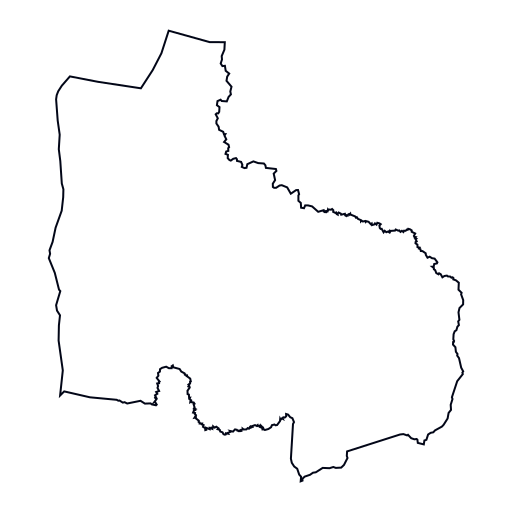 the district of Kawambwa, Luapula, Zambia
{"feature_id": "96606910B68487362337591", "entity_name": "Kawambwa", "entity_type": "district", "adm_level": 2, "iso_a3": "ZMB", "parent_name": "Zambia", "parent_adm1": "Luapula", "projection": "albers", "projection_center": [29.568, -9.766], "detail": "fine", "context": "isolated", "style": "outline", "palette": "ink", "viewbox_px": 512, "rotation_deg": 0, "n_neighbors": 0, "source": "geoboundaries", "source_scale": "gbopen_adm2", "svg_char_len": 6069}
<svg xmlns="http://www.w3.org/2000/svg" viewBox="0 0 512 512"><path d="M300.7,481.3L302.5,480.6L302.4,478.8L304.7,476.6L310.0,474.8L313.0,472.7L315.8,472.3L322.7,467.9L329.5,468.2L333.3,467.0L335.8,467.9L341.2,467.6L344.0,464.9L347.5,458.0L346.8,455.9L347.1,451.4L400.0,434.5L403.4,434.1L407.1,435.4L408.0,434.8L411.2,438.2L414.4,439.3L416.6,439.0L417.4,439.7L417.8,442.9L423.8,444.4L424.4,440.5L426.4,439.8L428.1,434.5L430.7,432.8L433.3,432.3L435.0,430.4L441.9,426.6L443.6,424.8L447.6,418.5L448.6,412.9L451.0,409.9L450.7,404.8L452.5,399.0L451.9,397.3L457.2,381.2L462.8,374.1L462.4,372.6L463.2,371.4L461.2,367.7L459.0,358.1L457.2,355.6L457.5,354.0L455.9,351.8L455.4,347.2L453.0,344.6L453.1,342.1L453.7,342.1L454.1,341.0L453.3,339.3L453.6,334.2L454.7,331.3L456.4,330.2L457.4,326.7L458.9,325.1L458.2,321.4L459.4,319.8L458.5,312.3L459.5,308.0L463.1,304.4L463.2,300.1L461.1,294.3L461.6,292.8L458.5,289.7L458.8,282.7L455.9,280.3L453.3,279.4L453.4,278.0L452.6,277.3L451.4,277.7L450.3,276.6L447.8,276.4L446.9,275.6L444.4,276.0L442.4,277.3L440.7,274.2L439.1,273.3L438.5,274.3L436.3,273.1L435.2,270.2L433.9,269.3L433.9,268.1L432.2,266.7L433.7,266.6L434.2,264.0L436.9,263.4L437.4,262.3L434.6,258.6L432.0,258.2L429.7,256.7L427.5,257.7L425.8,254.8L425.7,253.3L422.5,251.1L420.8,251.0L420.4,249.2L419.0,248.6L419.6,247.6L417.5,247.1L417.4,244.6L415.5,243.3L415.6,242.0L416.7,241.4L415.4,238.9L416.1,238.6L415.0,237.9L415.7,237.1L414.4,236.9L413.9,235.9L415.2,233.5L411.7,231.8L411.7,230.4L410.0,229.3L408.2,228.8L407.7,229.8L407.0,229.5L405.6,230.8L404.0,230.7L403.4,232.0L401.9,230.8L400.5,231.9L399.2,230.4L398.3,230.7L395.7,229.5L395.0,230.6L390.7,230.9L390.2,231.7L389.9,231.2L389.5,232.5L388.5,231.9L388.7,231.3L386.3,232.2L384.7,230.8L383.6,232.3L381.7,228.8L380.6,228.9L379.8,228.0L379.4,225.6L380.7,224.2L379.5,223.4L377.3,222.8L376.5,224.6L375.0,223.4L374.4,224.4L372.0,225.1L371.7,223.5L370.8,224.2L368.6,221.8L366.4,221.2L365.7,222.0L365.2,221.0L362.8,221.5L361.6,220.6L361.0,221.2L361.0,220.2L358.0,218.9L356.8,217.2L356.0,217.7L355.1,216.4L350.4,214.5L350.3,213.9L349.7,214.7L349.1,214.0L348.2,214.5L347.7,215.7L346.3,215.1L346.1,215.9L345.2,215.4L344.9,213.8L341.2,214.7L340.9,213.7L338.6,212.5L337.6,213.5L337.7,214.6L336.7,214.1L336.1,212.5L335.4,212.9L333.2,211.9L333.3,210.2L332.1,209.0L331.1,209.7L328.6,209.5L328.2,210.2L327.9,209.7L327.5,211.4L326.8,211.2L326.3,212.2L324.9,212.1L325.3,211.1L323.7,211.2L323.6,210.2L318.2,211.8L312.1,206.4L308.0,205.4L305.2,205.4L304.0,208.2L301.1,207.7L300.8,202.9L298.4,200.8L298.4,195.4L299.1,194.2L298.0,190.0L296.1,190.1L290.8,193.7L287.2,187.4L281.8,185.2L279.6,185.5L276.1,187.8L274.1,187.8L272.9,187.0L272.8,183.7L275.1,180.1L273.7,173.6L276.4,170.9L275.9,169.0L265.9,167.9L265.4,165.3L263.9,163.5L258.2,163.1L253.4,161.4L247.3,164.2L246.5,167.8L244.5,168.1L241.8,166.9L242.4,164.9L241.1,161.9L237.0,160.9L236.9,159.2L236.0,158.1L233.2,158.8L230.8,160.6L229.4,160.0L227.7,158.1L227.9,154.8L225.5,153.9L226.2,151.5L228.3,150.9L228.2,148.2L229.1,147.2L228.5,144.7L224.1,142.0L226.3,139.3L224.5,135.7L225.4,134.1L223.9,134.1L223.2,131.8L219.1,129.8L218.6,126.7L216.4,123.5L216.4,121.0L217.8,118.3L215.7,114.3L216.8,113.3L218.2,113.4L219.2,111.8L219.5,107.1L216.9,105.2L217.5,101.1L220.6,99.7L221.7,101.0L226.8,101.4L228.6,96.9L230.9,94.4L230.3,91.5L231.5,86.7L226.5,80.8L227.2,76.6L229.2,73.6L225.7,70.8L224.9,65.8L222.4,66.1L220.7,63.5L222.0,59.5L221.7,56.1L224.4,49.7L224.8,42.2L209.6,42.1L168.7,30.7L161.4,53.3L152.7,70.1L140.9,88.3L97.9,81.8L69.9,76.4L61.8,85.7L58.2,91.3L56.7,95.2L56.1,99.3L57.7,120.6L59.7,134.7L58.8,149.2L60.3,161.1L61.8,183.5L63.4,189.3L63.2,197.2L61.7,210.7L55.6,227.7L52.6,241.9L49.5,250.3L50.1,253.8L48.8,258.1L54.8,272.9L59.0,289.6L60.3,291.1L56.1,305.2L57.0,310.6L60.0,315.3L58.9,325.4L58.6,340.6L62.8,370.4L60.1,395.5L64.2,391.4L89.9,397.3L116.7,399.8L118.3,400.7L119.5,400.5L122.8,402.6L124.6,402.2L127.2,403.5L140.5,400.8L144.9,403.6L150.6,403.4L151.8,404.4L156.0,405.3L156.7,404.6L155.0,401.8L154.3,402.1L156.5,399.1L155.0,397.7L155.3,397.1L156.0,397.3L155.0,395.3L157.3,393.8L156.2,392.0L159.1,391.0L157.5,387.9L158.1,386.0L157.2,383.5L159.0,383.2L158.8,382.2L159.6,381.6L156.7,377.9L158.4,375.7L158.0,373.0L159.9,371.6L160.0,369.2L162.1,367.8L166.2,366.7L168.9,368.2L171.6,368.2L171.7,366.5L172.4,366.7L172.4,365.7L172.8,365.4L173.3,367.3L179.6,369.0L181.3,371.6L184.5,373.3L184.8,374.6L185.5,374.5L186.4,375.9L187.1,375.6L187.2,376.4L190.2,378.6L190.8,381.4L190.1,381.7L190.1,383.3L188.6,384.5L189.2,384.9L188.4,386.4L189.5,386.7L189.7,387.6L187.5,390.7L187.6,394.1L188.9,394.6L189.1,397.8L190.0,397.7L189.4,399.0L190.6,399.8L190.3,402.0L191.3,401.3L191.4,402.2L193.7,402.5L194.5,403.7L193.6,404.2L194.6,407.5L194.0,408.3L195.5,409.1L194.3,409.8L194.8,410.2L193.9,410.6L193.1,412.6L195.0,413.0L194.8,413.9L196.0,415.2L194.5,417.7L195.9,417.4L195.9,418.4L198.8,420.7L198.6,421.9L199.6,422.5L199.6,423.5L202.1,423.5L201.8,424.4L203.6,425.1L203.0,426.8L205.1,428.1L205.3,430.1L206.3,429.8L206.1,427.8L209.7,429.2L209.7,427.9L212.1,428.8L211.8,427.6L213.2,427.6L213.2,426.4L214.7,427.6L216.3,426.7L218.5,428.3L217.7,429.2L219.8,429.9L220.2,431.5L222.5,432.3L223.5,434.2L224.9,434.7L225.8,434.4L225.9,433.3L228.0,433.7L227.5,433.0L230.8,431.7L230.2,431.0L233.0,431.6L235.0,429.4L236.9,429.8L237.4,430.7L239.5,430.5L239.3,431.1L240.3,431.1L241.4,430.9L241.2,429.8L242.9,429.4L242.8,428.8L243.7,429.5L246.4,429.4L247.7,428.1L248.9,428.7L249.8,427.2L250.5,427.8L251.6,427.3L251.3,426.4L252.4,426.6L252.2,426.1L255.0,425.1L256.6,425.9L257.5,425.2L257.6,426.0L259.9,425.5L259.7,426.9L260.9,427.4L261.7,427.3L261.5,426.2L262.2,426.9L262.8,426.4L262.0,427.8L262.4,429.1L263.3,428.2L263.8,429.5L264.9,430.0L268.4,429.0L271.1,427.2L271.9,425.2L274.4,424.5L275.6,425.3L277.1,425.0L280.0,421.1L280.2,419.0L280.6,419.8L281.9,418.4L282.7,418.8L282.4,418.2L283.3,417.3L284.7,417.6L286.2,416.3L286.1,414.0L288.1,414.6L290.2,417.2L292.4,418.2L294.0,422.1L293.0,424.0L290.9,458.7L291.8,462.8L294.2,466.5L297.2,468.7L299.2,474.6L301.1,476.7L300.7,481.3Z" fill="none" stroke="#020617" stroke-width="2"/></svg>